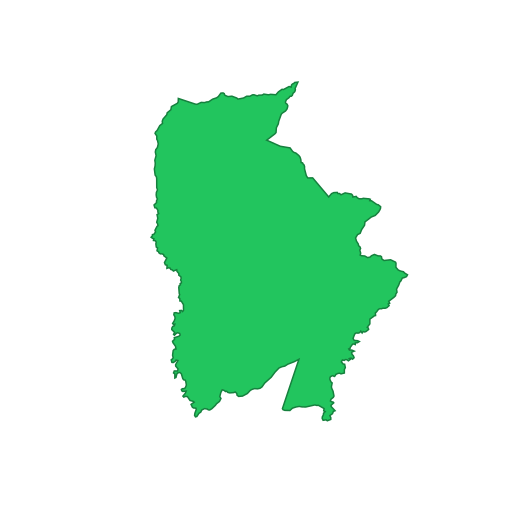 the district of Paraúna, Goiás, Brazil, rotated 35°
{"feature_id": "56859067B65440720540054", "entity_name": "Paraúna", "entity_type": "district", "adm_level": 2, "iso_a3": "BRA", "parent_name": "Brazil", "parent_adm1": "Goiás", "projection": "natural_earth1", "projection_center": [-50.607, -17.053], "detail": "fine", "context": "isolated", "style": "filled", "palette": "green", "viewbox_px": 512, "rotation_deg": 35, "n_neighbors": 0, "source": "geoboundaries", "source_scale": "gbopen_adm2", "svg_char_len": 6148}
<svg xmlns="http://www.w3.org/2000/svg" viewBox="0 0 512 512"><g transform="rotate(35 256 256)"><path d="M405.2,352.1L407.4,350.0L408.9,350.1L411.0,347.0L410.0,345.5L408.0,344.4L409.1,341.3L408.5,338.9L409.5,337.4L403.9,336.2L403.1,335.2L403.9,331.7L402.8,331.4L401.7,332.0L400.1,332.1L399.6,330.4L400.4,327.4L400.2,326.0L396.7,322.6L393.7,320.8L392.7,319.7L391.2,316.3L389.6,316.1L387.0,314.5L386.2,312.8L386.5,311.5L387.6,309.9L389.2,309.8L389.6,308.6L389.3,307.3L390.4,305.3L391.6,304.1L393.2,303.8L395.5,301.2L393.5,298.3L393.2,296.2L390.7,293.8L389.5,294.5L386.7,293.8L386.4,291.6L388.2,290.9L388.6,289.6L389.9,288.8L391.8,288.9L392.6,286.5L391.3,286.4L392.4,285.1L394.3,285.1L394.7,283.1L393.2,282.0L391.0,281.4L389.5,280.0L391.0,277.6L388.5,278.1L386.5,279.5L385.3,278.9L386.1,277.9L385.6,276.6L385.7,272.8L386.6,272.0L388.1,271.6L387.2,270.2L388.8,268.9L389.7,266.8L387.8,267.1L384.9,268.8L382.8,267.9L381.8,264.1L381.7,262.5L382.5,261.3L383.8,260.7L384.9,259.3L384.9,257.4L387.1,258.2L387.1,256.4L388.6,255.9L389.4,254.8L390.4,251.6L389.3,250.6L388.0,250.6L388.2,246.3L385.5,242.4L387.3,237.0L388.1,236.2L386.4,234.1L386.8,232.7L386.9,229.5L387.6,228.2L389.0,227.3L390.0,225.9L391.7,224.8L392.8,223.3L393.5,220.3L391.8,219.4L392.6,218.0L390.7,217.0L392.7,210.7L393.1,208.5L392.3,206.8L392.3,204.8L390.1,202.5L389.6,198.0L388.7,194.7L389.0,193.4L388.5,190.1L389.6,189.0L391.1,186.6L390.9,184.5L387.5,184.7L385.8,184.3L383.1,185.4L380.6,185.9L377.1,185.0L374.8,181.6L373.8,181.0L368.4,181.9L363.4,186.3L360.7,186.2L359.2,184.6L357.9,184.6L355.9,185.9L352.1,186.8L350.4,189.6L350.1,191.4L348.3,193.3L345.1,193.6L342.2,195.3L340.8,195.5L340.1,193.6L337.6,191.6L337.4,189.9L336.0,188.9L334.1,188.7L332.9,187.5L329.8,186.2L327.2,184.1L326.9,180.2L328.3,177.7L327.4,173.7L327.3,168.6L325.7,165.6L328.1,157.9L330.4,154.4L331.2,149.7L331.0,147.0L330.6,145.4L329.8,144.1L326.7,143.9L325.4,144.5L319.0,144.5L317.4,145.4L317.1,144.0L315.9,144.3L310.8,147.2L309.8,148.5L307.6,150.0L305.4,150.2L303.9,149.7L301.5,152.1L300.4,150.9L298.7,150.5L292.8,153.2L290.5,157.1L288.6,156.9L287.2,157.9L286.1,157.3L283.3,159.5L282.1,161.6L281.7,165.9L257.6,159.5L253.6,162.4L251.1,161.3L245.8,156.8L244.4,154.8L243.0,153.8L241.7,153.6L240.7,153.0L239.4,153.6L237.3,151.2L235.3,149.7L233.4,149.1L229.7,148.8L227.5,149.4L225.9,149.3L221.9,147.9L212.9,152.2L198.3,155.0L201.4,145.2L201.6,143.4L199.1,139.2L198.5,135.0L197.3,132.5L195.4,125.5L195.5,124.1L197.0,120.3L197.1,117.9L196.5,116.0L195.9,114.7L194.4,113.8L192.7,113.8L191.8,113.0L191.2,110.5L192.2,107.5L192.3,105.6L193.3,104.9L193.6,103.5L193.0,101.6L193.5,99.1L192.9,97.2L192.0,96.5L190.6,89.5L188.2,91.6L187.9,93.1L187.2,94.2L187.0,95.6L187.9,97.5L185.9,98.2L183.0,103.9L181.7,104.5L180.2,108.7L179.8,112.5L175.2,115.2L173.8,116.8L169.5,118.9L168.8,120.6L166.0,122.7L165.2,124.1L161.8,125.1L160.6,126.1L159.4,128.6L156.7,130.5L155.2,133.7L151.2,137.8L149.7,137.6L144.6,138.9L141.6,141.5L138.8,142.1L137.8,142.0L136.9,141.2L135.5,141.3L133.8,142.7L133.7,147.0L133.0,149.0L130.5,152.4L128.7,157.0L127.3,158.0L125.8,159.9L123.0,161.6L120.7,165.6L119.1,166.4L102.0,171.5L103.9,174.4L104.0,176.0L101.0,182.1L102.4,185.1L101.1,189.6L101.9,191.5L101.3,197.0L101.9,199.4L103.4,201.0L102.4,204.4L103.0,209.9L102.6,212.0L103.0,213.5L105.9,214.6L107.7,217.2L109.1,217.9L111.6,220.2L113.0,223.7L112.9,226.4L113.9,228.6L116.6,231.1L118.2,235.6L120.2,237.7L121.7,240.2L122.8,243.0L127.0,247.6L128.9,248.2L130.2,249.5L135.5,257.0L136.9,257.9L137.5,258.8L137.9,261.0L139.2,263.2L140.8,264.9L142.5,265.8L142.9,268.0L143.9,269.3L143.2,272.7L145.5,274.5L146.9,273.8L149.5,274.9L150.4,276.3L151.9,277.1L151.2,278.9L153.9,281.4L155.3,285.3L157.1,286.2L158.3,287.4L157.9,288.6L158.5,292.9L159.9,293.9L159.9,296.8L158.9,297.9L159.6,299.2L159.3,300.8L161.1,300.9L162.4,300.4L163.1,302.1L164.9,301.2L166.3,301.9L167.0,303.5L169.2,305.9L170.7,305.8L171.9,308.5L173.7,308.4L174.7,309.1L176.4,309.1L177.9,308.1L179.5,307.8L180.5,308.7L184.1,308.8L184.8,313.9L186.8,315.2L188.5,314.6L190.1,317.2L190.9,316.0L192.5,315.2L193.9,315.9L195.5,315.4L197.0,315.7L198.9,312.7L200.1,313.9L202.8,314.6L203.8,316.0L206.3,316.1L207.4,317.1L208.1,319.0L209.5,319.7L210.3,320.8L209.7,322.1L210.6,323.0L210.1,324.3L210.8,326.1L214.6,330.7L215.6,331.4L216.4,334.5L217.9,334.5L219.5,336.5L220.7,335.8L224.5,337.5L227.8,342.1L227.7,343.6L226.2,343.3L224.8,344.5L226.5,345.8L225.4,347.4L222.9,348.3L221.6,349.5L222.4,351.3L224.3,352.2L225.5,353.5L226.2,355.9L226.4,359.1L227.6,359.4L228.6,358.4L229.1,360.1L228.2,361.4L228.4,363.3L229.2,364.6L233.2,365.3L233.4,367.5L234.6,367.7L235.1,365.1L235.8,363.8L237.9,363.2L239.2,364.2L238.9,365.9L235.9,369.8L237.1,371.0L236.5,373.7L237.8,374.7L241.8,376.1L243.8,378.1L242.6,379.2L242.4,381.0L244.6,385.2L246.5,386.8L246.5,388.4L246.1,389.7L248.1,391.4L249.3,390.8L250.2,388.8L250.2,387.1L252.0,386.4L252.5,391.2L253.4,392.3L256.9,393.2L257.7,395.2L255.0,397.0L255.5,399.1L257.2,399.2L259.5,402.5L260.1,401.4L258.9,398.2L258.9,396.8L260.5,395.0L262.4,395.3L266.4,398.5L267.8,398.9L269.2,398.3L270.4,399.0L273.0,401.7L273.7,404.5L273.0,406.0L271.8,406.9L271.4,408.1L272.5,409.0L273.7,409.0L276.3,406.7L276.8,409.0L276.5,412.7L277.8,413.0L278.8,411.4L280.5,410.5L284.8,412.2L287.8,411.1L289.2,411.2L287.9,414.8L290.7,416.4L292.1,416.3L294.0,415.1L295.1,416.0L296.1,419.8L297.1,421.8L298.7,422.5L299.6,421.4L299.5,417.6L300.3,415.6L299.9,413.3L301.4,410.5L304.0,409.3L305.1,409.4L306.4,408.7L307.4,406.5L308.4,401.6L308.4,399.8L309.5,396.1L309.0,392.8L307.0,392.0L305.5,388.0L305.1,385.0L306.8,384.4L308.8,384.5L309.6,383.6L311.2,383.9L313.0,383.2L316.2,380.6L316.9,379.3L319.1,379.6L320.3,380.9L322.3,381.0L325.3,378.5L327.8,373.6L328.4,369.3L329.3,367.5L330.8,365.5L333.5,363.9L335.2,362.0L336.0,359.8L336.0,355.1L338.0,346.6L338.2,340.2L339.1,334.5L340.7,331.9L342.8,329.6L344.1,326.4L347.8,320.9L350.4,316.0L365.2,365.9L366.3,366.4L368.2,365.9L372.4,363.1L373.1,359.8L375.4,356.7L377.7,354.4L380.3,353.2L383.4,351.1L389.7,344.2L391.4,343.6L392.8,342.5L399.3,341.9L400.2,344.0L401.9,343.8L401.5,346.1L402.3,347.5L402.6,349.8L403.4,351.1L405.2,352.1Z" fill="#22c55e" stroke="#15803d" stroke-width="1.5"/></g></svg>